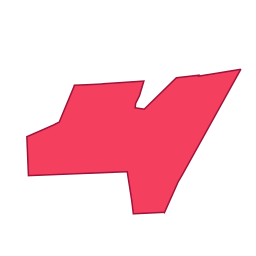 Chipinge Urban, Manicaland, Zimbabwe (Mercator projection), rotated 283°
{"feature_id": "62879985B32287047423365", "entity_name": "Chipinge Urban", "entity_type": "district", "adm_level": 2, "iso_a3": "ZWE", "parent_name": "Zimbabwe", "parent_adm1": "Manicaland", "projection": "mercator", "projection_center": [32.63, -20.201], "detail": "fine", "context": "isolated", "style": "filled", "palette": "rose", "viewbox_px": 256, "rotation_deg": 283, "n_neighbors": 0, "source": "geoboundaries", "source_scale": "gbopen_adm2", "svg_char_len": 566}
<svg xmlns="http://www.w3.org/2000/svg" viewBox="0 0 256 256"><g transform="rotate(283 128 128)"><path d="M93.6,191.1L210.2,224.6L210.4,224.3L194.4,185.1L195.4,185.2L188.1,164.6L187.8,163.8L150.0,139.6L149.3,130.4L153.8,129.9L162.0,131.9L177.3,132.9L167.6,100.8L166.2,96.0L165.9,95.1L164.6,91.3L160.3,76.0L157.6,66.1L155.9,66.0L145.7,64.3L131.6,61.9L118.3,59.7L115.5,56.2L115.2,56.1L111.9,51.7L96.8,31.4L59.2,41.7L83.0,128.8L85.2,137.1L58.3,147.9L45.6,152.5L53.8,181.5L53.6,182.5L87.0,189.0L93.6,191.1Z" fill="#f43f5e" stroke="#9f1239" stroke-width="1.5"/></g></svg>